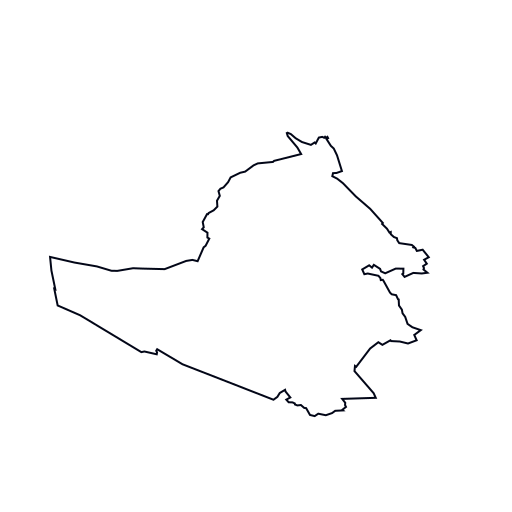 Clondalkin Lea-7, South Dublin, Ireland, rotated 208°
{"feature_id": "5873133B52619752343390", "entity_name": "Clondalkin Lea-7", "entity_type": "district", "adm_level": 2, "iso_a3": "IRL", "parent_name": "Ireland", "parent_adm1": "South Dublin", "projection": "equal_earth", "projection_center": [-6.483, 53.28], "detail": "fine", "context": "isolated", "style": "outline", "palette": "ink", "viewbox_px": 512, "rotation_deg": 208, "n_neighbors": 0, "source": "geoboundaries", "source_scale": "gbopen_adm2", "svg_char_len": 2276}
<svg xmlns="http://www.w3.org/2000/svg" viewBox="0 0 512 512"><g transform="rotate(208 256 256)"><path d="M437.4,158.5L429.8,147.1L417.6,132.4L418.7,132.3L407.9,119.2L383.5,121.1L312.1,117.3L309.7,119.3L297.5,122.6L298.1,124.4L299.6,125.5L299.5,127.3L270.1,125.9L173.1,137.3L171.0,141.6L170.7,146.2L167.5,151.5L166.3,150.2L159.3,147.2L161.8,143.4L158.5,142.2L155.0,143.9L152.5,144.0L151.9,143.2L149.3,143.5L146.4,145.5L142.1,144.5L140.3,145.2L133.7,141.0L129.0,142.2L127.0,146.0L119.6,148.2L115.1,153.0L113.4,156.5L106.7,160.5L107.6,160.7L105.7,165.0L107.4,166.2L108.3,168.3L112.8,170.3L83.7,187.0L87.7,190.1L115.0,200.6L117.0,205.4L115.5,205.2L111.8,227.9L107.5,237.3L102.7,236.9L97.7,244.7L96.8,244.3L88.9,248.0L80.7,250.1L74.6,257.0L79.2,260.6L75.7,267.9L84.5,266.5L90.3,267.2L95.7,272.3L99.7,274.2L102.0,277.1L106.5,279.4L109.6,284.6L110.3,284.5L113.9,287.2L118.2,285.9L120.5,286.6L131.7,293.9L132.9,294.5L134.5,293.3L135.8,294.9L138.6,296.0L149.1,293.0L151.8,290.8L155.9,294.0L151.7,300.9L148.1,300.2L147.8,303.5L140.4,302.9L138.4,301.1L133.8,301.4L126.7,310.5L119.9,314.0L117.8,309.8L118.3,308.7L115.0,307.3L109.2,314.9L101.4,318.4L96.8,321.7L101.8,322.7L102.0,324.2L103.7,325.5L101.6,329.4L105.8,331.6L102.9,336.0L111.8,339.8L116.4,336.0L119.1,337.9L121.1,337.5L121.0,338.4L123.6,338.9L135.6,334.6L138.6,336.2L139.9,337.9L143.2,337.5L147.2,338.5L148.3,340.4L149.1,339.3L153.2,341.6L159.7,343.5L159.5,344.7L177.2,351.2L196.0,355.5L213.4,361.1L220.7,362.4L226.1,362.3L226.9,365.3L223.9,367.1L220.0,371.3L231.7,382.9L237.8,387.4L241.6,388.4L248.7,392.4L247.7,393.9L248.9,394.7L249.6,393.2L251.0,393.7L251.3,392.4L253.4,392.3L256.1,390.1L256.1,383.4L257.5,383.8L259.7,379.9L269.0,378.2L276.3,378.6L282.5,380.0L286.0,379.7L286.5,379.0L284.3,376.8L270.4,371.2L264.0,367.2L284.7,348.5L285.2,347.0L297.9,338.6L300.7,334.9L305.2,325.4L309.0,322.1L315.3,313.5L315.3,308.1L316.9,301.3L319.0,298.7L319.6,295.7L316.2,292.1L316.4,286.5L313.3,281.5L314.8,276.5L318.0,271.7L318.0,270.4L318.9,270.0L319.0,261.0L315.6,256.8L316.2,254.4L309.8,253.8L307.6,249.5L305.4,249.4L305.3,241.3L306.3,239.1L305.1,224.0L310.3,222.7L315.3,218.9L330.5,201.5L350.5,191.5L358.8,187.5L371.4,177.8L376.7,175.1L391.6,172.1L413.2,165.0L437.4,158.5Z" fill="none" stroke="#020617" stroke-width="2"/></g></svg>